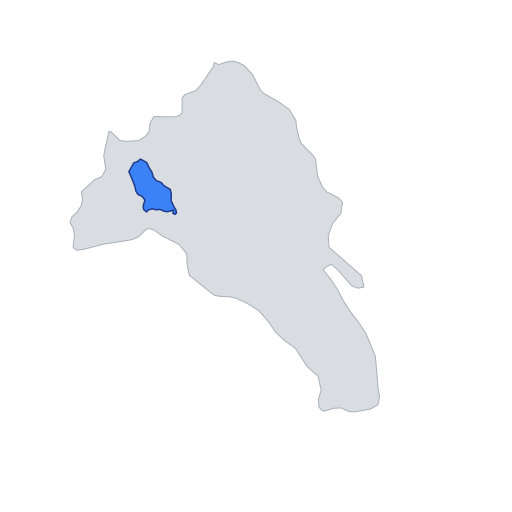 where Bahoruco sits in Dominican Republic, rotated 46°
{"feature_id": "DOM-1969", "entity_name": "Bahoruco", "entity_type": "Province", "adm_level": 1, "iso_a3": "DOM", "parent_name": "Dominican Republic", "parent_adm1": "", "projection": "albers", "projection_center": [-71.289, 18.493], "detail": "fine", "context": "in_parent", "style": "filled", "palette": "blue", "viewbox_px": 512, "rotation_deg": 46, "n_neighbors": 0, "source": "natural_earth", "source_scale": "10m", "svg_char_len": 2076}
<svg xmlns="http://www.w3.org/2000/svg" viewBox="0 0 512 512"><g transform="rotate(46 256 256)"><path d="M88.5,337.2L89.0,319.0L91.8,311.6L89.2,303.8L77.7,295.5L70.6,284.9L64.4,275.4L65.8,274.0L78.4,273.7L82.8,270.2L91.3,260.6L93.0,252.8L92.4,246.9L86.9,239.9L84.7,232.5L91.5,226.0L100.4,216.7L101.7,213.0L101.5,209.5L91.1,199.5L90.4,195.2L95.3,184.5L94.8,177.3L90.1,155.1L87.8,151.7L92.4,149.9L95.5,143.3L99.5,137.4L104.9,134.2L110.9,132.2L123.0,132.4L139.6,137.5L144.4,137.5L160.4,132.8L173.6,130.2L186.1,133.1L191.2,137.1L201.5,143.4L206.7,145.3L223.0,145.1L227.5,145.7L241.2,156.2L252.8,160.3L259.5,160.5L271.5,156.3L277.4,156.4L284.3,165.4L285.8,178.3L291.6,190.0L300.4,197.4L343.6,193.8L353.3,199.9L350.0,205.0L344.0,207.8L323.4,206.8L314.4,207.5L312.7,212.6L312.7,217.3L324.7,218.3L336.5,220.6L348.6,224.2L360.9,226.7L374.6,228.2L388.2,230.8L411.0,239.7L436.3,260.3L443.1,265.0L447.6,271.5L445.7,279.7L436.9,293.1L431.9,297.5L424.6,300.2L419.6,305.7L414.8,315.1L411.8,315.9L408.3,315.6L402.2,310.4L397.8,302.3L385.6,294.9L371.2,296.1L349.9,291.8L337.1,294.2L324.3,294.8L311.2,292.6L297.9,291.9L284.8,294.9L272.1,299.9L267.4,303.0L259.2,310.6L254.9,313.4L223.7,317.4L214.7,311.9L206.4,304.3L194.4,303.3L177.1,309.3L166.2,311.4L161.8,313.9L160.5,316.8L160.5,327.4L158.1,333.9L141.1,358.2L131.5,375.4L127.6,380.7L123.0,381.8L114.7,372.0L109.4,368.4L102.8,366.6L100.0,361.3L100.1,353.9L98.4,346.6L94.3,340.9L88.5,337.2Z" fill="#d9dde1" stroke="#a8b0b8" stroke-width="1"/><path d="M129.6,298.2L125.6,297.2L121.8,294.8L117.8,293.0L107.0,288.8L104.1,279.1L105.3,276.8L106.0,274.3L105.8,272.9L106.3,271.7L109.7,270.6L113.1,269.7L118.0,271.5L123.2,272.6L127.9,275.0L133.0,275.4L135.2,273.9L137.7,273.1L140.6,273.4L143.4,272.9L148.4,271.4L152.2,273.6L157.2,278.6L163.7,280.9L167.0,281.5L169.8,283.3L169.8,285.3L167.6,286.1L165.5,283.5L164.1,286.4L162.5,289.1L159.8,291.1L156.6,292.3L154.9,293.6L153.7,295.5L152.0,296.6L150.2,297.7L148.4,300.6L148.1,304.2L144.3,304.5L141.4,302.1L138.7,297.0L133.7,296.6L129.6,298.2Z" fill="#3b82f6" stroke="#1e3a8a" stroke-width="1.5"/></g></svg>